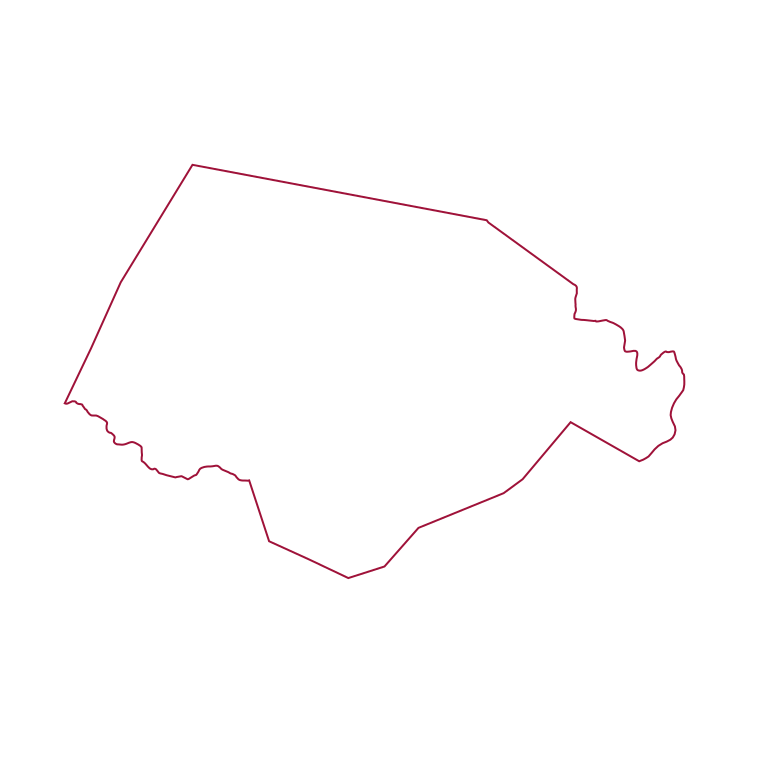 Reitoca, Francisco Morazán, Honduras, rotated 298°
{"feature_id": "27666195B70397594739312", "entity_name": "Reitoca", "entity_type": "district", "adm_level": 2, "iso_a3": "HND", "parent_name": "Honduras", "parent_adm1": "Francisco Morazán", "projection": "albers", "projection_center": [-87.44, 13.839], "detail": "fine", "context": "isolated", "style": "outline", "palette": "rose", "viewbox_px": 768, "rotation_deg": 298, "n_neighbors": 0, "source": "geoboundaries", "source_scale": "gbopen_adm2", "svg_char_len": 6130}
<svg xmlns="http://www.w3.org/2000/svg" viewBox="0 0 768 768"><g transform="rotate(298 384 384)"><path d="M533.2,644.3L533.3,643.7L533.5,643.1L533.7,642.6L534.0,642.2L534.2,641.9L534.5,641.7L534.9,641.4L535.5,641.1L535.8,640.9L536.5,640.2L537.1,639.5L537.6,638.7L538.1,637.9L538.4,637.3L538.8,636.2L539.1,635.6L540.4,633.6L541.9,631.4L542.6,630.6L543.0,630.2L543.3,629.9L544.7,628.8L545.7,627.9L546.8,626.9L548.3,625.4L548.5,625.1L548.6,624.8L548.7,624.7L548.7,624.4L548.5,624.0L548.3,623.5L547.6,622.6L547.1,621.9L546.2,621.0L545.8,620.4L545.3,619.4L545.1,618.9L545.0,618.5L545.1,617.9L545.0,617.6L544.8,617.3L544.4,616.9L543.8,616.5L542.9,616.0L541.9,615.6L540.7,615.1L540.2,614.9L539.8,614.8L539.2,614.7L538.5,614.7L538.0,614.7L537.5,614.6L537.1,614.5L536.3,614.1L535.2,613.5L534.5,613.1L533.5,612.8L531.6,612.3L530.4,611.9L525.9,610.2L523.1,609.1L522.5,608.8L521.4,608.2L520.0,607.4L519.2,606.9L517.6,605.7L517.0,605.1L516.6,604.7L516.3,604.3L516.0,603.8L515.8,603.4L515.6,602.9L515.5,602.4L515.4,601.9L515.4,601.5L515.5,601.0L515.6,600.7L515.8,600.4L516.2,599.9L516.7,599.4L517.7,598.7L518.8,597.9L520.2,597.1L521.4,596.5L524.0,595.5L524.8,595.2L527.2,594.5L528.4,594.1L529.2,593.7L529.8,593.4L530.3,593.0L530.7,592.7L530.9,592.4L531.1,592.1L531.2,591.8L531.3,591.6L531.3,591.2L531.3,590.9L531.3,590.6L531.2,590.3L530.7,589.3L530.4,588.7L529.8,588.0L529.0,587.0L528.3,586.1L527.3,584.6L526.6,583.5L526.3,582.8L526.2,582.4L526.2,582.2L526.1,581.6L526.2,581.4L526.3,581.1L526.7,580.6L527.2,580.1L528.2,579.3L528.9,578.8L529.4,578.6L535.3,576.6L535.7,576.4L539.3,573.8L541.6,572.0L542.9,571.0L543.6,570.3L544.0,569.7L544.3,569.1L544.6,568.3L544.8,567.5L545.0,566.9L545.3,564.9L545.4,563.0L545.5,560.7L545.5,558.9L545.5,558.0L545.4,557.0L545.0,554.6L544.9,553.2L544.8,552.1L544.9,550.7L544.8,550.2L544.6,549.9L544.4,549.5L542.7,547.3L540.1,544.1L539.3,542.9L539.0,542.4L538.9,542.0L538.8,541.6L538.9,541.4L539.1,541.1L538.4,540.1L538.1,539.6L537.9,539.1L535.3,532.6L534.3,530.2L533.5,528.6L533.2,527.9L532.3,525.3L531.5,523.0L531.3,522.2L531.3,521.7L531.3,521.4L531.5,521.2L532.2,520.7L533.7,520.0L534.9,519.5L535.6,519.3L536.8,519.3L538.2,519.1L539.0,518.9L539.5,518.7L540.2,518.3L540.7,518.0L541.7,517.2L542.3,516.8L542.9,516.4L544.2,515.8L545.4,515.0L548.6,513.1L549.2,512.8L549.8,512.6L550.6,512.4L553.9,511.8L554.6,511.7L555.1,511.4L557.8,509.9L559.2,509.3L559.5,509.1L560.0,508.7L560.3,508.4L560.6,507.9L560.8,507.5L561.0,506.7L561.1,506.0L561.1,505.3L561.0,504.5L575.6,400.4L576.8,397.8L487.6,112.0L350.2,103.8L277.9,108.6L217.6,111.2L217.1,111.2L217.2,112.0L217.3,112.4L217.5,112.8L217.7,113.2L218.5,114.0L219.2,114.5L221.9,116.5L222.2,116.7L222.5,117.0L222.9,117.9L223.3,118.6L223.5,119.4L223.6,119.8L223.6,120.2L223.5,120.4L223.1,121.0L222.9,121.5L222.9,122.0L222.9,122.9L222.9,123.4L223.1,123.8L223.2,124.3L223.7,125.3L223.9,126.1L224.1,126.8L224.1,127.1L224.0,127.4L223.5,127.9L223.3,128.3L222.5,130.0L221.8,131.3L221.5,131.9L221.5,132.2L221.5,133.0L221.4,133.4L221.1,134.1L220.5,135.0L220.2,135.5L219.6,137.0L219.3,137.7L219.1,138.3L219.0,139.0L218.9,139.5L218.9,140.2L219.0,140.7L219.8,142.4L221.0,144.6L221.1,145.1L221.2,145.7L221.3,146.5L221.3,147.5L221.2,150.5L221.1,152.7L220.9,153.9L220.8,155.5L220.5,156.3L220.3,157.0L220.1,157.2L220.0,157.4L219.6,157.8L219.1,158.0L218.7,158.2L217.7,158.4L217.0,158.6L216.5,158.8L215.2,159.5L214.6,159.8L214.1,160.2L213.5,160.8L213.0,161.3L212.7,161.8L212.5,162.3L212.3,163.0L212.2,163.6L212.2,164.0L212.2,164.5L212.3,164.9L212.5,165.4L212.6,165.8L212.6,166.3L212.5,166.9L212.3,167.8L212.0,168.8L211.8,169.6L211.4,170.3L211.2,170.6L211.0,170.8L210.7,171.1L210.4,171.2L209.7,171.5L209.0,171.7L208.6,171.8L207.8,171.9L207.3,172.1L206.8,172.3L206.3,172.6L205.9,173.1L205.8,173.4L205.6,173.7L205.4,174.5L205.3,175.4L205.4,176.2L205.4,176.6L205.5,176.8L206.2,178.3L207.1,180.5L207.6,181.5L208.0,182.1L208.3,182.5L208.7,183.0L209.6,184.0L210.6,184.9L212.4,186.4L213.7,187.7L214.2,188.4L214.6,189.1L214.8,189.7L215.0,190.5L215.1,191.1L215.2,192.2L215.2,193.9L215.2,195.3L215.1,196.5L215.0,197.5L214.9,198.3L214.7,198.7L214.6,199.1L214.4,199.5L214.2,199.6L214.0,199.9L213.8,200.0L211.3,201.4L209.6,202.4L208.3,203.3L207.6,203.7L207.2,203.9L206.0,204.3L205.4,204.5L204.7,204.9L203.9,205.2L202.8,205.9L202.6,206.1L202.4,206.3L202.3,206.6L202.2,207.0L202.2,207.8L202.2,208.3L201.7,210.4L201.4,211.2L200.8,212.8L200.2,214.3L199.7,216.0L199.5,216.7L199.5,217.3L199.5,218.0L199.6,218.7L199.8,219.3L200.1,219.8L200.4,220.3L200.7,220.5L201.2,220.8L201.4,221.0L201.6,221.5L201.7,222.0L201.7,222.6L201.5,223.2L200.9,224.7L200.3,226.1L200.0,226.7L199.9,227.1L199.9,227.7L200.0,228.2L200.1,228.8L200.5,230.1L200.7,230.9L201.4,234.9L203.5,243.3L203.6,243.5L203.7,243.8L204.6,244.7L205.2,245.5L207.1,247.9L207.3,248.2L207.5,248.5L207.6,249.1L207.6,249.8L207.7,255.0L207.8,255.5L208.3,256.0L208.7,256.3L211.0,257.6L213.9,259.3L214.4,259.7L215.2,260.5L215.4,260.7L215.7,260.9L216.3,261.0L218.3,261.2L219.7,261.3L221.2,261.2L222.0,261.3L222.5,261.4L223.1,261.6L223.6,261.9L224.4,262.4L225.0,263.0L226.0,263.9L226.8,264.8L227.5,265.8L228.0,266.4L228.7,267.6L229.8,269.6L230.7,271.0L231.6,272.2L232.7,273.6L233.1,274.3L233.4,274.8L233.5,275.3L233.6,275.7L233.6,276.5L233.5,277.1L233.4,277.6L233.3,278.2L233.2,278.6L232.9,279.4L232.7,279.9L232.6,280.6L232.5,281.6L233.1,288.0L233.1,288.4L233.0,289.5L233.0,290.3L233.1,291.0L233.4,292.1L233.5,292.8L233.5,293.6L233.5,294.7L233.5,295.2L233.3,295.8L233.1,296.3L232.7,297.1L232.4,297.6L232.1,298.6L231.8,299.4L231.6,300.0L231.5,300.5L231.5,301.1L231.5,301.6L231.6,302.2L231.7,302.5L232.0,303.5L232.5,304.7L233.7,307.0L234.6,308.9L234.8,309.3L235.6,310.2L191.2,356.4L193.9,400.1L195.9,443.6L223.1,470.1L273.2,482.0L343.8,540.9L365.0,551.1L437.9,566.7L435.6,645.6L438.9,648.4L441.5,650.1L444.2,651.6L448.5,652.6L453.3,653.6L458.2,655.3L462.5,657.8L465.9,660.7L469.3,663.0L472.3,664.1L476.0,664.2L480.0,663.1L483.1,660.8L486.2,656.6L488.6,653.8L491.1,651.7L494.0,650.5L498.3,649.5L503.1,649.1L507.6,649.3L512.3,650.2L519.0,651.1L521.7,650.4L524.5,649.4L527.2,648.0L529.6,646.6L531.6,645.5L533.2,644.3Z" fill="none" stroke="#9f1239" stroke-width="2"/></g></svg>